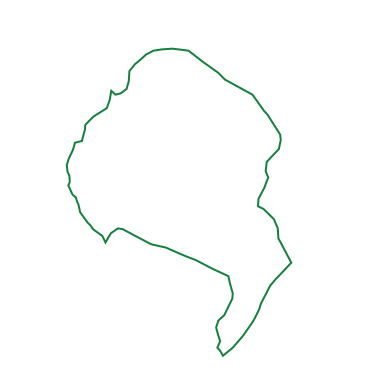 Baguirmi, Chari-Baguirmi, Chad, rotated 36°
{"feature_id": "50815135B83477967363059", "entity_name": "Baguirmi", "entity_type": "district", "adm_level": 2, "iso_a3": "TCD", "parent_name": "Chad", "parent_adm1": "Chari-Baguirmi", "projection": "orthographic", "projection_center": [16.269, 11.464], "detail": "fine", "context": "isolated", "style": "outline", "palette": "green", "viewbox_px": 384, "rotation_deg": 36, "n_neighbors": 0, "source": "geoboundaries", "source_scale": "gbopen_adm2", "svg_char_len": 1434}
<svg xmlns="http://www.w3.org/2000/svg" viewBox="0 0 384 384"><g transform="rotate(36 192 192)"><path d="M313.9,190.8L302.0,185.0L293.1,180.6L289.2,178.8L282.8,171.0L274.1,165.8L259.8,163.7L253.8,164.8L249.8,158.4L248.0,145.9L246.1,139.3L245.2,135.5L239.4,131.9L234.8,123.8L235.5,117.6L237.0,106.1L233.2,97.7L229.5,93.7L207.8,85.1L202.4,84.0L183.8,77.7L152.7,81.7L143.0,80.1L139.4,80.2L134.6,80.2L124.7,80.3L123.5,80.3L106.2,79.7L103.0,81.4L99.5,83.3L92.4,87.3L91.7,87.7L90.4,88.8L83.6,94.5L77.7,100.4L74.0,107.8L72.6,114.8L70.7,122.3L70.3,131.0L75.7,139.5L78.5,147.0L76.4,154.0L72.9,158.2L67.2,157.6L71.2,165.6L73.8,174.2L67.9,189.0L66.2,200.3L68.8,204.7L71.6,212.0L73.0,215.4L68.3,221.0L69.7,224.4L71.0,228.3L72.6,237.0L74.8,243.8L79.4,248.8L83.2,250.9L86.7,255.0L87.4,256.3L88.1,259.4L96.8,264.3L101.4,264.7L104.1,267.0L104.4,267.2L105.9,268.0L107.2,268.7L107.9,269.2L108.3,269.6L113.5,274.2L125.5,278.1L129.5,278.7L133.9,280.3L137.1,280.3L145.2,280.2L151.7,283.7L150.6,273.2L153.4,265.0L157.8,262.8L172.4,260.8L189.6,258.3L203.6,252.3L217.0,249.4L224.8,247.6L235.4,244.8L253.7,242.1L270.9,238.7L276.0,243.3L284.5,250.0L287.3,254.6L290.5,272.7L288.9,280.5L291.2,287.5L297.4,292.5L302.4,296.1L304.1,303.1L308.1,303.9L313.3,306.3L316.5,293.8L317.8,277.9L317.4,259.9L315.4,247.8L313.4,241.9L310.3,221.9L310.5,218.9L310.9,213.8L310.9,213.2L311.0,212.4L311.3,211.2L313.9,190.8Z" fill="none" stroke="#15803d" stroke-width="2"/></g></svg>